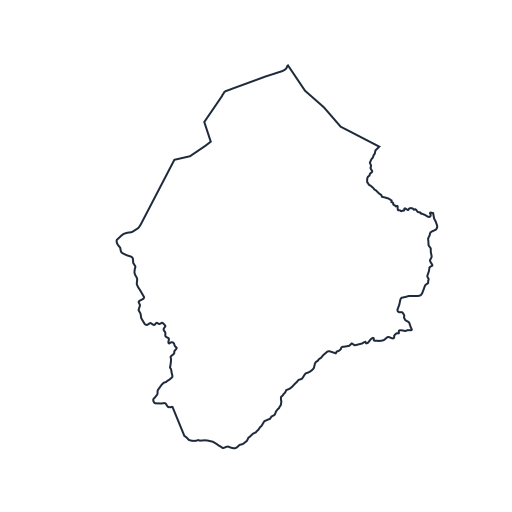 Campamento, Olancho, Honduras (Mercator projection), rotated 54°
{"feature_id": "27666195B55126974743850", "entity_name": "Campamento", "entity_type": "district", "adm_level": 2, "iso_a3": "HND", "parent_name": "Honduras", "parent_adm1": "Olancho", "projection": "mercator", "projection_center": [-86.6, 14.484], "detail": "fine", "context": "isolated", "style": "outline", "palette": "slate", "viewbox_px": 512, "rotation_deg": 54, "n_neighbors": 0, "source": "geoboundaries", "source_scale": "gbopen_adm2", "svg_char_len": 6130}
<svg xmlns="http://www.w3.org/2000/svg" viewBox="0 0 512 512"><g transform="rotate(54 256 256)"><path d="M359.4,419.7L361.8,418.9L365.4,418.4L367.8,416.5L369.9,413.8L371.1,410.8L372.2,410.1L372.7,409.5L375.1,405.6L376.9,403.6L381.0,400.0L384.8,398.4L387.9,397.4L389.2,396.7L391.8,395.8L392.2,395.1L393.1,391.8L393.7,390.7L394.4,390.1L396.0,389.2L397.4,388.0L398.6,386.9L399.3,385.7L399.6,384.1L399.2,380.4L399.6,379.2L400.2,377.8L400.4,376.6L400.2,372.0L398.5,368.8L398.6,367.4L398.0,363.3L398.1,362.2L398.6,359.7L398.2,358.7L398.0,356.4L396.9,353.3L396.7,351.3L394.9,347.2L394.6,346.3L394.7,345.5L395.1,344.0L395.5,341.8L396.0,340.7L395.0,337.8L395.4,334.9L395.4,334.3L394.9,333.2L393.9,331.8L393.3,330.5L392.7,328.3L392.6,326.7L391.9,325.7L391.5,324.3L391.0,323.3L388.5,320.9L387.1,320.4L384.9,318.8L384.6,317.6L384.5,316.1L383.9,315.0L383.8,313.5L383.3,312.2L382.3,310.3L383.1,307.1L383.1,304.1L382.1,298.8L382.0,297.1L381.5,295.6L381.3,294.2L382.2,291.6L382.3,290.9L381.9,289.7L380.6,286.5L380.2,284.9L380.4,283.9L380.9,282.5L381.2,281.1L381.3,278.7L381.1,276.9L380.9,275.7L380.4,274.7L377.7,271.6L377.0,270.0L376.9,268.9L377.2,268.1L376.5,265.8L376.5,264.4L376.6,263.3L375.7,259.8L375.3,254.6L375.6,253.5L376.3,252.5L381.6,248.7L381.3,247.7L380.7,247.0L381.4,244.8L381.3,242.3L380.3,240.9L380.2,240.1L380.4,239.2L381.2,238.0L383.4,233.6L383.4,232.9L383.2,231.9L383.3,231.4L383.0,230.6L383.0,230.0L383.6,229.6L385.7,228.9L386.4,228.4L389.1,221.7L389.2,220.9L389.2,220.0L389.7,218.0L390.4,218.0L391.3,218.2L391.5,218.1L391.7,217.8L392.0,216.5L390.8,211.9L390.8,210.4L391.0,209.5L391.3,209.2L391.7,209.2L393.4,210.1L393.9,210.1L394.8,209.2L395.7,207.9L396.7,206.9L398.3,204.3L399.1,202.2L399.2,201.0L398.9,198.3L399.1,196.8L399.8,196.0L401.1,195.3L403.0,193.9L403.3,193.4L403.4,192.8L403.2,192.3L402.8,191.8L402.1,191.4L401.6,190.8L401.2,189.1L401.2,187.7L401.8,186.8L402.3,186.3L402.4,185.8L400.7,184.6L400.5,184.2L400.5,183.8L400.7,183.2L402.0,181.5L404.3,179.5L404.8,178.3L405.0,177.1L407.2,174.1L407.3,173.6L407.2,173.3L406.7,173.1L404.3,172.6L400.2,171.3L399.0,171.4L396.0,172.8L395.2,172.9L392.7,172.4L391.7,171.4L390.9,170.9L388.4,170.7L387.6,170.8L387.2,171.1L386.6,171.8L386.0,172.8L385.3,173.4L384.5,173.7L383.6,173.7L382.4,172.9L379.7,168.8L376.1,164.8L375.5,163.6L375.4,162.7L376.8,159.6L378.2,155.9L383.0,149.3L384.1,147.4L384.5,145.9L384.4,145.0L383.9,143.6L381.7,140.2L380.1,137.9L379.2,136.4L379.0,135.3L379.1,132.7L377.3,131.3L376.7,130.4L376.0,129.8L373.7,129.6L372.7,129.0L370.1,125.3L368.8,123.9L367.3,122.5L367.1,121.4L367.4,119.5L367.4,119.0L367.2,118.8L366.3,118.5L363.7,118.4L362.1,118.0L361.5,117.4L360.3,114.9L359.4,114.0L355.6,112.3L352.6,110.2L351.3,110.1L349.5,110.2L348.3,109.9L347.0,108.9L343.2,106.6L342.2,105.1L341.4,103.4L340.1,102.1L339.5,100.9L339.5,99.5L340.4,95.1L339.9,93.5L339.1,92.4L338.0,91.7L336.6,91.2L333.3,90.3L330.4,89.9L325.4,87.5L325.0,88.0L323.6,89.0L323.4,89.7L323.7,90.1L325.2,90.4L326.0,91.0L326.3,91.6L326.4,92.2L326.3,92.8L326.0,93.2L325.1,93.9L321.8,95.3L321.0,95.9L319.9,96.5L318.7,97.6L318.2,97.7L317.8,97.4L317.3,97.5L316.3,98.6L315.4,99.2L315.0,99.3L313.0,99.3L311.9,99.6L311.6,100.0L311.4,101.0L310.0,101.2L309.0,101.8L308.2,102.7L307.7,103.8L307.7,104.5L308.2,105.4L308.2,105.9L307.7,106.3L305.1,107.4L304.9,107.7L305.0,108.2L305.8,108.9L306.2,109.5L306.0,110.1L305.5,110.6L305.2,112.1L304.9,112.3L304.2,112.5L303.5,112.9L302.7,113.9L302.3,114.1L301.6,113.9L299.8,112.8L299.2,112.3L298.8,112.2L298.5,112.3L298.0,113.7L296.6,113.9L296.0,114.4L295.4,114.6L294.9,114.6L294.3,114.1L293.4,113.9L291.9,114.7L291.4,114.1L290.8,113.7L287.0,115.2L286.0,116.2L285.0,116.8L282.1,119.3L280.3,118.8L277.8,119.7L273.4,120.4L271.9,121.1L269.9,121.2L266.6,121.9L265.3,122.6L264.5,122.8L263.0,122.6L261.7,122.7L259.0,120.8L257.7,119.0L257.6,116.9L256.4,115.4L256.3,113.0L255.9,112.3L255.3,112.0L253.8,112.0L252.3,111.7L251.9,111.5L251.4,110.6L250.5,109.8L247.4,109.0L245.5,105.6L245.1,103.7L243.4,101.2L243.1,99.9L240.8,97.3L240.0,92.0L201.2,111.5L175.6,113.7L151.1,119.2L120.6,118.1L120.7,119.0L121.7,120.5L122.2,122.1L122.2,124.0L121.9,125.9L116.3,143.0L106.6,177.2L106.4,178.1L104.8,183.6L104.7,185.1L105.8,187.6L106.0,188.6L106.6,189.4L117.2,219.1L136.9,225.4L137.1,232.0L136.5,250.7L130.2,265.5L162.7,330.6L163.7,333.1L164.2,335.0L163.8,341.6L163.4,343.1L161.8,345.9L160.7,348.8L160.3,350.6L160.4,353.6L160.6,354.6L161.1,358.9L161.5,359.6L162.6,360.4L164.2,361.0L166.1,361.2L169.4,361.0L172.9,362.6L173.9,362.7L175.4,362.3L179.3,360.2L183.3,357.3L184.6,357.0L185.9,357.2L189.4,359.4L193.5,359.7L194.2,360.3L195.2,361.6L196.4,362.8L197.9,364.0L198.7,364.4L199.9,364.8L203.2,365.2L204.4,365.5L205.4,366.1L208.0,368.5L209.0,369.1L211.8,369.7L215.9,369.9L223.4,370.7L224.1,371.4L224.4,372.4L223.8,376.6L223.9,377.4L224.2,377.9L224.5,378.1L227.1,378.6L227.6,378.8L228.4,379.7L229.8,381.7L230.8,382.8L234.7,383.3L236.2,384.0L238.4,385.2L239.7,385.5L245.4,386.0L246.3,385.8L247.3,385.2L247.7,384.8L247.8,384.3L248.0,381.5L248.3,380.7L251.3,379.5L251.8,379.1L252.1,378.2L251.6,376.6L251.6,375.8L252.1,375.3L253.5,374.7L254.2,374.2L254.5,373.1L254.7,371.5L255.1,371.0L255.6,370.8L258.0,370.4L259.4,370.5L259.6,370.7L260.5,373.2L260.9,373.7L261.4,374.1L262.3,374.3L263.6,374.2L264.3,374.3L265.2,374.7L267.0,376.1L267.8,376.4L268.9,376.2L270.9,375.1L271.7,375.1L272.5,375.7L274.1,377.5L275.0,377.9L275.5,377.8L275.8,377.5L275.8,376.0L276.1,375.1L276.7,374.4L277.4,373.9L278.7,373.8L280.1,374.3L281.5,374.6L283.5,374.1L283.9,374.4L284.3,375.1L285.0,377.9L285.7,378.7L286.5,379.2L286.8,379.8L287.0,381.1L287.1,383.6L287.3,384.2L288.1,384.8L289.6,385.4L290.5,386.1L293.9,389.2L295.5,391.0L296.0,391.2L297.3,391.2L298.6,391.7L300.7,392.8L303.7,394.0L304.6,394.7L304.9,395.8L305.1,398.6L305.1,399.8L304.9,400.9L305.1,402.8L304.3,405.1L304.7,408.0L306.4,413.1L306.9,414.4L307.4,415.0L309.5,416.6L310.0,417.4L310.9,420.3L311.3,422.7L311.7,423.4L312.1,423.8L313.1,424.3L314.1,424.5L315.1,424.5L315.8,424.2L316.5,423.4L319.8,419.1L320.7,417.3L321.5,416.2L322.4,415.8L325.5,416.0L326.7,415.8L328.3,413.7L328.6,412.7L329.1,412.3L359.4,419.7Z" fill="none" stroke="#1e293b" stroke-width="2"/></g></svg>